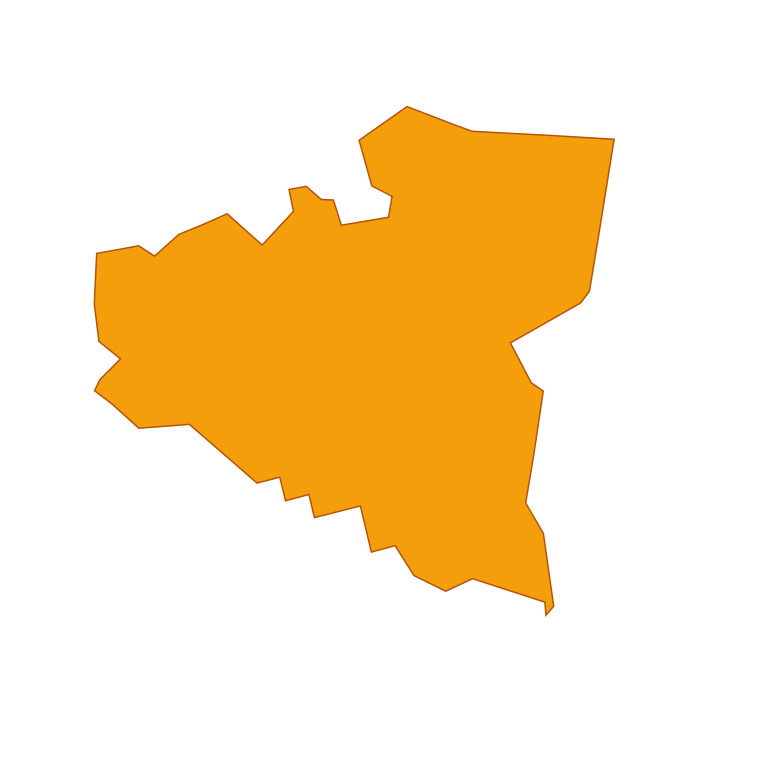 outline of Lafayette, Louisiana, United States of America, rotated 256°
{"feature_id": "52423323B160469889501", "entity_name": "Lafayette", "entity_type": "district", "adm_level": 2, "iso_a3": "USA", "parent_name": "United States of America", "parent_adm1": "Louisiana", "projection": "robinson", "projection_center": [-92.061, 30.209], "detail": "fine", "context": "isolated", "style": "filled", "palette": "amber", "viewbox_px": 768, "rotation_deg": 256, "n_neighbors": 0, "source": "geoboundaries", "source_scale": "gbopen_adm2", "svg_char_len": 843}
<svg xmlns="http://www.w3.org/2000/svg" viewBox="0 0 768 768"><g transform="rotate(256 384 384)"><path d="M318.6,236.8L318.8,260.3L294.5,260.2L295.0,284.4L271.2,284.2L271.4,331.6L224.0,331.1L224.4,355.7L190.9,366.7L168.0,393.7L173.7,422.8L133.4,487.3L120.4,485.2L127.3,494.9L200.5,502.5L234.3,492.7L279.6,512.4L338.6,536.8L349.5,527.2L393.3,516.6L415.1,594.4L424.3,605.8L483.2,631.2L565.8,666.5L569.2,655.6L584.5,607.0L597.8,563.4L608.0,530.4L618.6,514.8L647.6,473.4L626.5,418.8L579.2,420.1L564.1,437.2L544.7,428.7L548.4,381.0L574.8,379.4L578.2,367.8L594.6,356.3L595.7,338.9L573.4,337.9L548.3,299.4L587.1,273.0L582.5,246.7L578.8,221.1L563.6,192.4L577.5,179.3L580.2,136.8L531.9,122.3L494.3,117.7L472.1,134.4L457.0,109.4L447.5,101.5L431.0,114.8L400.4,135.4L391.9,185.4L318.6,236.8Z" fill="#f59e0b" stroke="#b45309" stroke-width="1.5"/></g></svg>